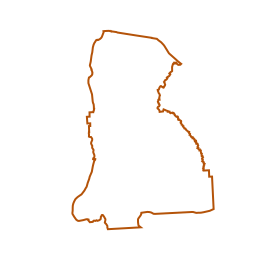 the district of Penrith, New South Wales, Australia, rotated 348°
{"feature_id": "25037944B77698637071191", "entity_name": "Penrith", "entity_type": "district", "adm_level": 2, "iso_a3": "AUS", "parent_name": "Australia", "parent_adm1": "New South Wales", "projection": "albers", "projection_center": [150.748, -33.748], "detail": "fine", "context": "isolated", "style": "outline", "palette": "amber", "viewbox_px": 256, "rotation_deg": 348, "n_neighbors": 0, "source": "geoboundaries", "source_scale": "gbopen_adm2", "svg_char_len": 5799}
<svg xmlns="http://www.w3.org/2000/svg" viewBox="0 0 256 256"><g transform="rotate(348 128 128)"><path d="M193.3,76.3L190.9,73.4L183.6,63.5L180.7,55.4L180.1,54.1L178.3,51.1L176.0,48.5L174.8,46.8L169.9,44.9L169.9,44.7L155.8,39.4L137.5,32.4L136.7,31.8L132.4,30.2L132.2,30.3L131.6,29.7L131.4,29.9L129.6,29.0L125.3,28.3L124.1,28.2L124.1,29.2L121.4,33.4L120.5,34.3L119.1,35.1L117.2,35.7L116.8,35.7L116.6,35.4L116.2,35.3L115.7,35.5L115.3,35.4L114.2,36.4L113.7,37.0L113.0,37.6L111.7,39.3L110.4,41.8L108.8,46.5L107.4,49.5L105.3,55.4L103.8,58.6L103.7,59.0L103.8,59.8L104.6,63.0L104.3,63.2L104.3,63.5L104.3,63.8L104.5,64.1L104.7,65.6L104.6,66.2L104.7,66.7L104.5,66.9L104.2,68.1L103.4,69.0L101.0,70.4L100.3,70.5L99.2,73.0L98.6,75.9L99.8,87.6L99.0,94.7L99.0,96.1L99.3,97.7L99.1,99.7L98.6,102.4L98.8,102.4L98.6,103.0L98.2,103.8L97.8,104.2L97.8,104.5L97.4,105.0L97.3,105.3L96.5,105.1L93.6,104.7L92.8,108.9L90.1,108.5L89.2,115.1L92.0,115.6L91.5,118.2L90.2,118.0L89.2,123.8L89.0,123.7L88.5,125.4L88.5,126.4L88.0,128.3L88.9,128.9L90.0,129.2L90.5,130.4L90.7,131.1L90.6,131.8L90.4,132.5L89.1,134.3L88.7,135.3L88.8,136.4L89.3,137.9L89.2,138.4L88.9,139.6L88.9,140.2L89.6,141.8L89.7,142.2L89.6,142.8L89.1,143.9L89.0,144.4L89.0,145.0L89.4,147.0L89.4,148.2L89.2,148.9L88.8,149.7L88.4,150.1L87.7,150.4L87.4,151.3L88.2,151.8L88.4,151.8L89.1,151.5L89.5,151.6L89.3,152.2L88.1,153.2L86.6,156.1L85.6,158.2L83.5,163.3L80.4,167.7L79.4,169.8L77.3,173.1L75.3,176.9L74.0,178.2L72.4,180.1L68.8,183.2L64.7,184.9L63.1,185.8L61.6,186.8L59.9,188.9L58.8,190.5L57.9,192.4L57.4,194.2L56.7,197.3L55.9,199.7L55.9,200.7L56.5,202.4L56.8,203.4L58.3,206.9L59.4,208.1L60.0,208.5L60.8,208.7L65.1,208.8L68.2,208.6L69.6,208.9L70.1,209.2L69.7,209.5L71.1,212.2L73.9,212.5L74.0,212.2L75.5,211.5L76.8,212.1L77.9,211.7L78.2,211.8L78.7,212.4L79.3,212.4L80.8,212.2L82.3,211.4L82.9,209.7L83.0,209.2L83.6,208.7L84.2,207.8L84.5,207.7L85.0,207.8L85.5,208.2L86.5,210.9L86.6,211.6L86.9,212.2L86.9,212.7L86.6,213.7L85.7,215.6L86.0,216.5L86.5,217.0L87.4,219.3L87.4,219.7L87.1,221.1L87.3,222.8L119.8,227.8L118.3,226.0L118.0,225.2L118.2,222.4L118.7,219.8L118.9,219.3L119.3,218.7L122.2,216.1L122.8,215.3L123.1,214.8L123.3,213.9L123.4,213.7L129.3,214.1L131.0,214.5L132.6,215.2L133.3,215.6L135.1,217.2L136.4,217.6L173.4,223.5L174.2,223.7L177.1,225.2L179.7,225.6L181.7,226.0L184.3,226.1L190.7,226.0L194.9,225.1L200.1,193.0L197.3,192.5L198.4,186.2L192.9,185.3L192.8,185.0L193.1,184.2L193.4,184.0L193.5,183.7L193.3,183.4L193.6,183.3L193.6,183.0L193.6,182.8L193.4,182.7L193.5,182.5L193.8,182.2L193.6,181.8L193.8,181.5L194.2,181.3L194.2,180.9L194.3,180.6L194.3,180.4L194.8,180.1L194.7,179.7L195.1,179.5L195.4,179.0L195.1,178.9L194.7,178.4L195.0,178.0L194.9,177.7L195.0,177.2L194.6,176.9L194.5,176.6L194.1,176.5L194.1,176.0L193.9,175.9L194.2,175.6L194.1,175.2L194.6,174.7L194.5,174.0L194.1,174.0L194.0,173.8L194.0,173.4L195.3,172.2L195.2,172.0L194.9,171.8L195.0,171.4L194.7,171.2L195.0,171.0L195.0,170.8L194.4,170.5L194.3,169.9L194.5,169.1L194.9,168.6L194.8,168.4L194.3,168.3L194.2,168.1L194.4,167.5L194.3,167.3L194.3,165.8L194.5,165.3L194.0,165.2L193.8,164.7L193.5,164.7L193.8,164.0L192.8,163.7L192.5,163.2L192.5,162.5L192.1,162.3L192.7,161.9L192.6,161.7L192.1,161.6L192.0,161.2L192.3,160.9L192.2,160.7L193.0,159.7L192.8,159.3L192.9,158.4L192.7,157.8L192.1,157.9L191.5,157.6L191.7,157.0L191.7,156.6L191.6,156.4L191.3,156.4L191.2,156.2L191.6,155.9L191.6,155.6L191.9,155.3L191.9,154.7L191.4,154.7L190.7,154.6L190.9,153.7L190.5,153.5L190.4,153.3L190.7,152.8L190.6,152.6L190.2,152.2L190.2,151.9L189.9,151.7L189.5,151.7L189.0,151.5L189.2,151.0L189.5,150.8L189.5,150.5L189.3,150.4L188.9,150.6L187.8,149.6L187.8,148.9L187.5,148.6L187.3,147.7L186.9,147.5L187.2,147.1L187.2,146.9L187.4,146.8L187.5,146.6L187.3,146.3L186.7,145.8L186.6,145.1L186.6,144.9L186.9,144.7L187.0,144.5L186.8,144.4L186.4,144.5L186.1,144.3L185.8,143.5L185.5,143.3L185.0,142.6L184.7,142.3L184.5,142.0L184.5,141.5L184.0,141.1L183.9,140.8L183.9,140.4L183.0,140.1L182.9,139.5L182.7,138.8L182.2,138.2L182.5,137.7L182.0,137.4L182.1,136.8L182.0,136.6L181.7,136.4L181.6,136.1L181.2,135.9L181.3,135.5L181.1,135.2L181.0,134.6L180.7,134.3L180.6,134.1L180.6,133.7L181.1,133.5L181.2,132.9L181.1,132.6L181.4,132.4L181.4,132.2L180.9,131.9L180.8,131.5L180.2,131.0L178.9,130.5L178.8,130.3L179.2,129.9L179.0,129.4L179.3,129.2L178.9,128.2L179.1,127.7L179.1,127.3L178.7,127.0L178.1,127.3L177.5,126.9L176.9,125.8L176.5,125.5L176.3,124.9L176.5,124.5L176.1,124.0L175.9,123.6L176.1,123.3L176.0,123.1L175.5,122.6L175.0,122.3L174.6,122.7L173.9,122.2L173.0,122.2L172.6,122.3L172.1,121.6L172.1,120.7L170.6,120.4L170.9,120.0L168.6,118.6L168.2,118.2L166.7,117.2L165.7,119.1L162.3,118.8L162.4,117.8L162.3,117.3L162.2,116.7L161.5,115.6L161.0,115.0L161.0,114.5L161.5,113.8L162.1,113.4L162.9,113.3L163.1,113.1L163.7,112.2L163.6,111.8L163.3,111.2L163.5,111.2L163.0,109.4L162.7,108.9L162.7,108.3L163.7,107.2L163.8,107.0L163.6,106.7L163.8,106.5L163.9,106.4L164.2,106.6L164.7,106.7L164.6,106.1L164.9,105.6L164.9,104.7L165.3,104.1L165.5,103.3L166.0,102.8L165.9,101.5L165.3,100.2L165.1,98.5L164.9,97.9L165.0,96.9L165.7,97.0L166.0,96.9L166.7,95.9L167.1,95.1L168.1,94.1L168.6,93.8L169.1,93.9L170.3,95.4L171.2,95.9L171.3,95.8L171.2,95.4L171.3,95.1L172.0,95.0L172.2,94.7L172.7,94.4L173.2,93.7L173.4,93.0L173.1,92.2L173.2,91.4L172.9,90.9L172.8,90.5L173.2,90.3L173.3,90.5L173.5,89.7L174.3,88.9L175.5,88.7L176.6,87.9L177.1,87.1L176.5,87.1L176.4,86.9L177.3,86.2L178.4,86.0L179.2,85.6L179.5,85.4L179.8,84.8L180.3,84.6L180.6,84.2L180.5,83.9L180.0,83.5L179.8,83.2L181.1,82.3L182.7,81.7L183.0,81.5L183.8,77.5L185.2,74.9L185.6,74.9L185.7,74.5L186.1,74.1L186.5,73.8L186.8,74.5L188.0,74.8L188.2,74.6L188.1,74.0L188.6,74.0L189.0,74.6L189.3,75.5L189.8,76.2L190.4,76.7L192.0,77.0L192.5,76.9L193.1,76.4L193.3,76.3Z" fill="none" stroke="#b45309" stroke-width="2"/></g></svg>